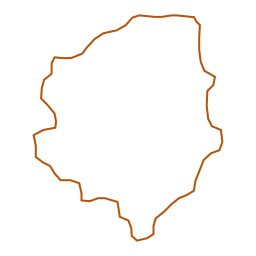 Asan-si, South Chungcheong, South Korea (Mercator projection)
{"feature_id": "91817680B56248521536513", "entity_name": "Asan-si", "entity_type": "district", "adm_level": 2, "iso_a3": "KOR", "parent_name": "South Korea", "parent_adm1": "South Chungcheong", "projection": "mercator", "projection_center": [126.979, 36.786], "detail": "fine", "context": "isolated", "style": "outline", "palette": "amber", "viewbox_px": 256, "rotation_deg": 0, "n_neighbors": 0, "source": "geoboundaries", "source_scale": "gbopen_adm2", "svg_char_len": 978}
<svg xmlns="http://www.w3.org/2000/svg" viewBox="0 0 256 256"><path d="M194.1,17.2L176.7,15.4L171.5,15.4L161.7,16.9L155.0,16.9L139.2,15.4L132.5,17.6L125.8,25.1L116.8,30.3L103.3,33.3L94.3,39.3L86.8,47.6L82.3,53.6L71.1,58.1L62.1,58.1L54.6,57.3L51.6,63.3L51.6,73.8L44.1,79.8L41.8,88.0L41.1,98.5L47.8,105.3L54.6,113.5L56.1,121.8L55.3,127.7L43.3,130.0L33.6,135.2L34.0,137.0L35.8,145.7L35.8,157.0L42.6,162.2L50.1,166.0L54.6,173.4L60.6,180.2L70.3,180.2L79.3,183.2L81.5,193.7L81.5,200.4L89.8,201.2L98.0,198.2L104.8,198.2L117.5,201.9L119.8,216.8L128.4,220.5L131.3,228.2L131.7,235.8L137.0,240.6L147.1,238.2L153.5,234.1L153.5,225.9L155.7,218.4L164.0,211.7L171.5,204.2L178.9,198.2L186.4,195.2L193.9,190.7L195.4,180.9L203.7,160.0L205.2,158.5L211.2,153.2L219.4,150.2L222.4,142.0L220.9,130.0L211.9,126.2L208.2,118.8L206.7,106.0L207.4,91.0L213.4,85.0L214.9,76.8L204.4,70.8L200.7,61.8L199.2,49.8L199.2,37.1L199.9,25.1L196.2,21.4L194.1,17.2Z" fill="none" stroke="#b45309" stroke-width="2"/></svg>